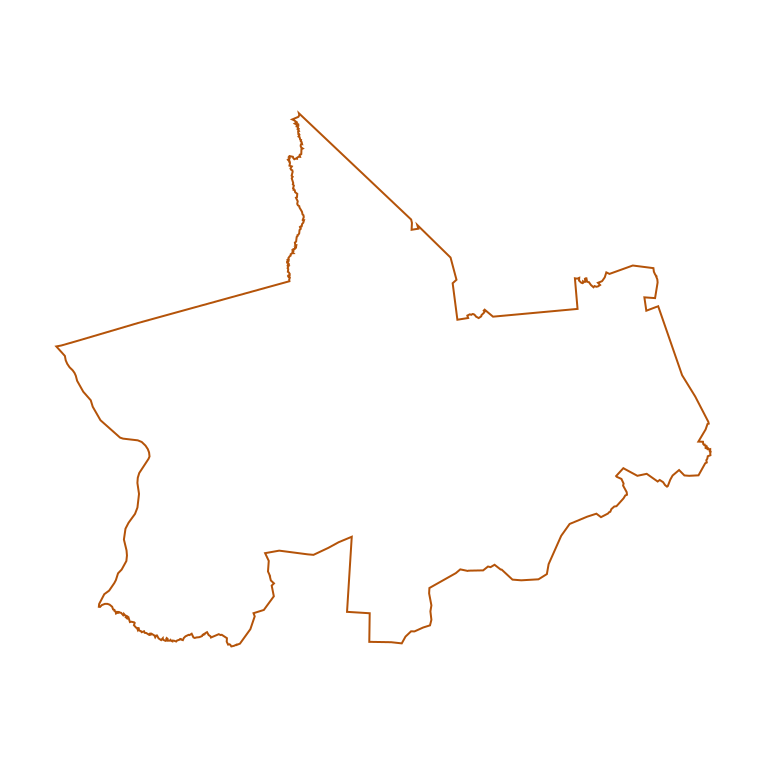 Sējas pag., Sejas, Latvia, rotated 92°
{"feature_id": "27541924B77555962795430", "entity_name": "Sējas pag.", "entity_type": "district", "adm_level": 2, "iso_a3": "LVA", "parent_name": "Latvia", "parent_adm1": "Sejas", "projection": "mercator", "projection_center": [24.49, 57.215], "detail": "fine", "context": "isolated", "style": "outline", "palette": "amber", "viewbox_px": 768, "rotation_deg": 92, "n_neighbors": 0, "source": "geoboundaries", "source_scale": "gbopen_adm2", "svg_char_len": 6124}
<svg xmlns="http://www.w3.org/2000/svg" viewBox="0 0 768 768"><g transform="rotate(92 384 384)"><path d="M618.7,646.9L619.1,645.6L620.0,645.6L620.6,644.5L622.7,643.8L622.1,643.0L621.7,643.4L621.1,642.8L621.1,641.9L622.0,642.0L621.9,641.3L620.5,640.9L621.4,640.7L621.9,638.7L624.4,636.4L624.1,635.9L623.0,635.8L624.2,634.7L625.1,632.5L625.8,632.3L625.7,633.4L626.1,633.9L627.4,632.4L626.3,631.2L630.8,629.6L630.4,628.3L630.9,625.4L631.5,624.8L633.8,625.5L636.2,623.2L636.6,622.3L638.1,621.6L636.5,621.1L636.6,620.6L638.9,620.2L639.4,618.4L640.5,617.5L639.5,615.2L641.0,614.5L641.2,612.8L643.0,609.8L642.8,609.0L642.0,609.7L641.6,609.2L641.6,607.8L643.4,604.6L645.1,603.8L643.3,602.8L643.2,602.1L646.1,600.4L647.7,597.8L645.8,596.2L647.2,596.0L648.3,593.5L647.4,592.4L646.2,592.7L645.5,592.3L646.4,591.3L648.1,591.4L648.0,589.2L647.2,588.4L648.0,587.9L648.6,586.4L647.8,586.2L647.9,584.8L648.6,582.7L647.6,581.9L646.7,579.5L645.9,578.8L646.0,578.0L646.5,577.8L647.0,576.1L644.8,575.2L643.1,573.6L641.5,570.5L641.7,569.6L640.3,567.5L643.9,565.6L644.4,564.3L643.8,562.4L643.5,559.9L642.3,557.1L641.0,556.5L641.0,555.7L640.3,555.4L640.4,554.6L639.2,553.9L638.2,552.2L641.0,550.5L642.2,548.6L643.4,548.1L639.8,540.4L640.6,538.6L640.3,537.4L643.5,532.1L647.0,532.2L649.9,530.7L649.5,529.5L649.9,528.6L651.6,527.4L650.9,524.8L649.6,522.2L649.9,522.1L648.5,518.9L633.7,509.0L620.7,505.1L617.6,506.4L614.0,496.2L600.0,486.7L589.4,489.2L587.1,487.0L584.3,490.2L580.1,491.4L580.5,490.9L575.4,493.4L564.8,493.0L557.2,496.9L554.2,482.9L556.9,454.4L557.2,448.5L549.7,433.9L543.7,423.8L537.8,410.9L613.0,413.0L613.6,390.3L642.2,389.7L641.8,367.8L642.6,357.2L635.7,353.7L630.2,348.3L630.2,344.9L626.0,336.4L623.6,329.6L618.0,328.4L609.6,329.7L603.6,328.9L591.7,331.6L586.3,331.5L570.5,305.6L566.6,301.3L567.9,293.8L567.6,293.0L566.8,278.4L562.8,273.7L563.3,271.1L560.8,267.2L565.3,261.0L565.4,259.9L575.0,248.8L575.4,240.0L573.8,222.8L568.3,214.6L558.3,213.2L529.5,201.6L517.4,193.6L509.5,176.3L506.2,167.2L509.5,162.5L507.7,159.3L505.6,155.6L504.3,154.6L503.8,153.4L501.1,152.4L498.4,149.6L498.0,147.4L489.9,140.6L487.0,139.0L486.2,137.3L483.6,137.7L477.2,141.5L475.1,141.1L470.6,143.4L468.6,148.2L467.9,148.8L459.8,141.9L466.9,127.6L464.6,118.3L471.9,107.1L470.3,105.1L472.4,101.6L475.2,99.6L476.7,97.6L476.1,96.8L469.7,94.6L465.4,92.4L459.7,86.1L464.9,80.6L465.1,75.8L464.3,66.5L452.0,60.2L451.2,58.7L448.9,59.2L447.4,58.3L444.9,57.9L443.8,55.3L441.1,55.6L440.5,55.2L439.9,56.1L439.3,56.1L439.4,55.6L437.8,55.7L438.1,56.4L437.2,57.5L438.0,57.4L437.9,58.3L435.8,59.1L436.9,59.9L436.7,60.4L434.5,60.3L434.5,60.8L433.4,61.4L433.7,62.0L432.8,62.9L430.6,63.2L430.6,67.8L418.2,61.0L412.7,59.3L412.3,58.1L410.4,58.6L385.7,72.5L364.8,86.4L296.7,112.7L301.6,124.4L288.3,126.8L288.7,116.1L273.0,114.1L269.9,114.5L267.0,115.8L266.7,115.5L265.2,116.8L262.4,118.2L258.8,118.8L256.9,139.5L266.1,162.5L264.7,165.7L269.7,167.1L273.1,169.3L273.7,169.8L275.4,173.7L277.5,171.5L279.0,173.6L279.4,175.2L278.8,177.0L280.0,178.0L277.8,180.7L275.1,182.7L275.0,183.7L274.3,184.7L271.3,185.4L271.4,186.3L271.9,186.9L274.8,186.3L275.0,187.7L274.5,188.6L275.9,188.5L276.3,189.1L275.9,190.4L273.8,192.7L271.1,192.6L272.0,194.6L271.7,196.9L302.2,193.2L312.9,277.4L306.2,286.0L307.2,286.9L308.3,286.0L309.3,286.6L311.8,289.0L313.0,289.2L314.8,291.7L313.3,294.6L312.4,295.1L311.1,296.8L311.0,298.0L311.8,299.2L311.4,300.7L312.7,303.1L315.1,302.2L317.2,312.9L280.9,318.9L277.3,315.2L255.3,321.9L223.9,356.3L227.6,355.1L228.9,361.8L222.0,361.7L218.7,362.6L116.4,478.5L118.2,478.0L120.0,478.9L122.8,484.9L123.5,483.2L125.5,480.2L126.4,480.7L126.5,481.9L126.8,482.3L127.7,480.3L127.3,479.1L127.5,478.7L129.0,478.6L129.3,479.1L128.6,480.2L129.6,480.4L129.9,479.5L130.7,478.9L132.1,479.2L132.2,478.2L133.2,478.6L134.2,477.8L134.7,478.6L137.2,478.3L137.1,477.7L137.9,477.2L138.5,477.7L139.7,477.3L139.9,477.7L140.4,476.9L142.7,476.3L143.0,475.4L144.5,475.6L145.0,474.8L146.5,474.4L147.2,474.2L147.1,475.1L148.2,475.6L149.4,475.5L150.6,474.9L151.5,473.4L152.2,474.7L157.1,474.7L157.5,475.1L157.6,475.9L158.3,476.4L159.9,475.8L159.9,477.3L161.0,478.9L161.9,478.8L161.8,480.1L162.5,481.5L161.3,482.6L160.1,483.0L159.5,486.4L160.5,487.1L161.1,486.2L161.7,486.2L163.2,487.9L163.7,487.4L163.4,486.6L163.6,486.4L165.2,486.5L165.5,485.8L167.0,485.7L169.1,486.1L169.8,483.7L171.9,485.0L173.1,484.3L173.6,483.1L175.1,482.7L179.1,483.6L180.1,482.5L181.6,483.4L186.4,481.7L187.6,482.1L188.8,481.0L191.6,481.7L192.0,481.1L193.1,481.2L193.4,480.0L195.4,479.5L197.0,477.3L200.3,477.5L200.9,478.5L204.4,476.6L207.0,477.0L208.4,476.3L209.2,474.9L210.6,474.6L214.7,472.0L217.4,471.3L218.1,470.4L220.0,470.0L223.0,471.0L223.4,470.6L223.2,469.7L225.6,470.3L226.9,471.4L229.4,471.8L229.7,472.2L229.5,472.9L230.0,473.5L231.8,472.6L233.1,473.8L236.4,474.0L237.8,474.8L238.3,475.7L239.3,475.6L240.1,476.4L244.7,476.8L245.8,478.0L247.8,477.6L248.2,476.6L249.1,477.5L249.4,476.6L250.8,476.7L251.0,477.7L251.9,477.7L252.6,478.4L252.3,479.0L252.5,479.4L253.1,479.3L253.4,480.1L254.5,479.4L254.8,480.0L255.4,480.1L256.4,479.1L256.5,480.3L257.6,481.8L259.0,481.8L259.6,482.7L261.4,483.9L263.0,483.5L263.0,484.4L263.3,484.8L264.7,484.0L265.1,485.1L266.1,485.1L266.5,484.0L267.3,483.4L267.7,483.8L268.2,483.4L268.4,484.2L268.9,484.5L269.5,484.3L269.7,483.6L271.6,484.4L272.5,483.7L275.2,484.0L275.7,483.1L277.2,482.1L278.8,482.1L279.0,482.5L278.8,483.3L279.4,483.7L280.5,483.0L280.5,482.1L281.0,481.8L283.0,482.4L284.6,482.1L331.6,631.9L352.3,694.0L356.8,707.9L357.9,712.8L367.1,703.9L371.5,702.9L375.0,701.2L378.3,698.8L381.2,695.6L383.7,693.7L386.5,692.3L391.5,690.8L402.2,684.3L410.5,676.5L416.9,674.3L430.1,666.1L446.8,645.9L447.7,642.9L448.9,628.1L450.4,624.1L453.9,620.2L457.3,617.8L460.6,616.4L464.6,615.8L467.0,616.7L481.5,625.5L486.3,626.8L491.5,627.0L502.4,625.0L516.1,626.1L522.5,628.3L531.5,634.4L537.6,637.3L548.5,638.5L559.3,635.5L564.4,634.9L569.9,635.3L578.6,639.7L582.5,643.2L589.3,645.1L592.4,646.6L600.1,651.5L603.8,656.2L613.8,661.0L616.6,661.2L616.7,660.0L614.8,658.3L613.5,655.3L613.4,652.7L614.1,650.5L616.1,647.9L618.7,646.9Z" fill="none" stroke="#b45309" stroke-width="2"/></g></svg>